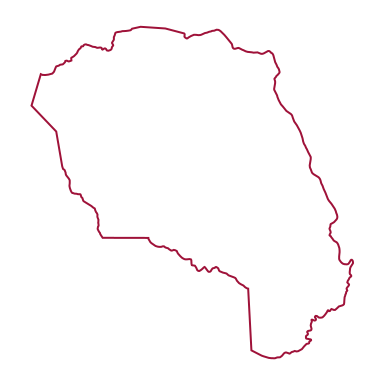 the district of Esquipulas del Norte, Olancho, Honduras, rotated 92°
{"feature_id": "27666195B82865348656076", "entity_name": "Esquipulas del Norte", "entity_type": "district", "adm_level": 2, "iso_a3": "HND", "parent_name": "Honduras", "parent_adm1": "Olancho", "projection": "albers", "projection_center": [-86.526, 15.273], "detail": "fine", "context": "isolated", "style": "outline", "palette": "rose", "viewbox_px": 384, "rotation_deg": 92, "n_neighbors": 0, "source": "geoboundaries", "source_scale": "gbopen_adm2", "svg_char_len": 5804}
<svg xmlns="http://www.w3.org/2000/svg" viewBox="0 0 384 384"><g transform="rotate(92 192 192)"><path d="M240.9,279.7L239.4,234.0L240.3,233.9L243.5,231.9L244.5,230.8L247.2,226.6L247.8,224.5L248.0,222.8L247.9,220.9L247.3,219.3L247.3,218.1L248.4,216.6L249.1,213.9L250.0,212.9L251.3,210.7L251.1,209.5L250.5,208.2L250.8,206.7L251.5,205.2L252.0,204.9L253.0,204.5L254.2,203.7L256.5,201.5L258.0,199.8L258.5,199.0L259.3,197.4L259.5,196.4L259.5,195.0L259.1,192.1L259.4,190.7L260.2,190.3L263.7,190.0L265.1,189.6L265.3,188.9L265.4,187.4L265.6,186.5L267.4,185.2L269.9,184.0L270.6,183.0L270.7,182.0L270.0,180.8L268.6,179.1L266.9,177.5L266.5,176.8L267.0,176.2L269.9,173.9L270.9,173.0L271.2,172.3L271.1,171.6L270.9,171.0L270.4,170.5L269.8,170.1L269.0,169.8L267.6,168.7L267.0,166.6L266.3,166.0L266.1,165.3L266.6,164.2L267.4,163.1L269.6,162.2L270.3,161.4L271.5,158.2L271.8,156.6L272.3,154.6L274.0,152.6L275.9,146.9L276.4,145.8L277.0,145.2L279.1,144.0L281.4,141.8L282.5,139.9L283.7,137.3L285.2,135.7L286.0,134.4L286.4,133.5L286.6,132.5L348.2,127.1L353.1,116.7L353.7,114.8L355.1,109.5L355.3,107.1L355.3,103.4L354.3,100.9L354.2,98.8L354.0,98.1L352.5,96.3L350.0,94.4L349.2,93.2L349.1,92.3L349.6,90.4L350.0,89.4L350.1,88.7L348.5,86.8L347.9,85.0L347.3,83.8L347.7,82.0L347.4,80.4L345.2,76.7L342.3,74.5L340.0,72.4L339.7,71.8L339.4,70.3L339.1,69.8L338.6,69.6L337.9,69.6L337.4,69.5L336.4,68.1L336.0,67.8L335.4,67.9L335.1,68.5L335.0,69.8L334.8,70.3L334.7,71.7L334.5,72.6L333.9,73.0L332.6,73.1L331.7,72.8L330.8,71.6L330.1,71.2L329.5,71.2L327.9,72.0L327.4,71.8L326.8,71.1L326.2,68.6L325.9,68.2L325.4,67.9L324.4,67.8L321.4,68.7L319.6,68.5L317.4,67.7L315.8,68.1L315.5,68.0L315.4,67.8L315.4,67.3L316.0,65.8L316.2,65.1L316.1,64.5L315.9,64.1L315.3,63.7L314.6,63.7L313.9,64.0L313.1,64.7L312.6,64.8L311.9,64.5L311.5,64.0L311.6,62.8L312.8,61.2L313.1,60.6L313.1,58.7L312.7,57.2L311.1,55.6L309.5,54.4L307.4,53.0L306.2,52.5L305.5,52.0L305.5,51.7L306.3,51.0L306.1,50.0L304.5,49.0L304.1,48.5L304.9,46.1L304.9,45.0L303.9,43.8L302.1,42.0L301.3,41.3L300.0,37.6L299.5,36.8L298.8,36.2L297.1,36.0L295.7,36.0L291.7,35.8L290.4,35.3L289.0,35.1L288.2,34.6L286.5,34.4L285.1,33.4L283.4,34.1L282.9,34.1L281.7,33.4L280.8,32.6L279.6,31.9L279.1,31.8L278.8,31.9L277.0,33.6L275.9,33.4L275.0,33.0L273.9,32.3L272.6,31.8L271.8,31.2L271.1,30.3L270.4,29.9L269.7,30.1L268.5,31.3L267.8,31.5L266.7,31.6L262.7,31.3L261.3,30.8L257.9,28.8L257.4,28.6L256.3,28.7L255.2,29.0L254.6,29.4L254.2,29.9L254.2,30.5L254.8,31.1L256.2,31.8L258.1,33.0L258.7,33.8L258.9,35.0L258.8,37.2L258.4,38.6L257.9,39.4L257.0,40.5L255.0,42.1L253.8,42.6L251.2,42.7L247.0,42.4L245.0,42.5L242.9,42.8L239.4,44.1L238.2,44.8L237.2,45.7L236.0,48.0L235.4,48.8L233.6,50.1L232.4,51.2L231.4,51.7L231.0,52.5L230.5,53.0L229.6,52.9L228.5,52.3L227.4,52.0L226.2,52.3L224.6,53.1L223.7,53.3L221.8,52.6L219.5,52.4L219.1,52.1L218.0,50.2L217.1,48.9L214.5,46.7L213.5,46.1L212.5,45.9L211.4,45.9L209.7,46.3L207.9,47.1L206.0,47.7L203.7,48.8L199.1,52.1L195.9,54.9L194.2,56.0L190.2,57.7L187.9,58.7L184.4,60.5L181.1,61.8L178.9,63.1L175.9,64.0L174.7,64.5L173.6,65.3L172.8,66.1L170.1,70.9L169.1,72.2L168.4,72.8L165.4,74.0L163.4,75.0L161.3,75.3L155.1,74.5L153.6,74.5L152.8,74.6L148.1,77.3L145.2,78.7L143.8,79.6L141.8,80.5L139.9,81.8L137.5,82.7L134.5,83.4L129.0,85.4L126.8,86.5L121.7,89.5L118.0,92.3L114.4,93.8L112.2,94.6L111.4,95.1L110.7,95.8L107.7,100.5L103.3,104.3L101.3,106.2L97.1,108.6L93.9,110.0L92.6,110.3L87.0,113.4L86.0,113.5L80.2,112.7L78.4,112.8L76.4,113.5L75.8,113.5L74.0,112.1L73.0,111.6L72.0,110.5L70.1,109.0L69.5,108.7L68.8,108.7L66.4,109.4L65.3,110.0L63.9,111.1L61.8,112.0L59.3,113.4L52.4,115.5L50.9,116.4L50.4,117.1L50.3,117.6L49.7,118.1L48.7,119.3L48.4,120.0L48.5,121.0L51.0,125.2L51.4,126.3L51.5,127.1L51.4,128.1L50.2,131.4L50.6,135.3L50.3,137.2L50.0,141.4L49.5,143.3L48.5,145.5L48.1,146.7L46.8,149.4L46.4,150.4L46.5,151.3L47.3,153.7L47.4,154.6L47.2,155.4L46.8,155.9L46.1,156.4L43.1,157.2L42.4,157.6L36.1,163.1L33.8,165.2L30.3,169.0L29.4,170.4L29.0,171.6L29.0,173.2L30.0,175.4L30.3,177.6L30.8,178.5L31.3,180.5L32.2,182.5L32.7,184.6L34.5,188.2L34.9,189.5L35.0,191.3L34.8,193.2L34.8,195.5L36.2,198.5L37.7,200.9L38.6,201.9L38.7,202.9L37.7,204.4L37.3,204.8L36.7,205.0L35.0,204.8L34.4,204.9L33.8,205.4L29.5,224.4L28.7,249.1L30.9,257.6L32.0,258.5L32.5,259.1L33.0,261.3L33.4,263.8L33.7,267.3L34.2,268.7L34.8,272.2L35.2,273.4L35.6,274.0L35.9,274.2L38.0,274.7L40.0,275.5L42.0,275.4L42.7,275.5L45.5,277.1L46.0,277.1L47.7,276.0L48.3,275.9L50.1,277.1L51.1,277.2L52.0,277.5L52.6,278.0L53.0,278.6L53.7,280.4L53.6,281.6L53.4,282.1L52.0,283.0L51.7,283.5L51.5,284.0L51.7,284.7L52.5,285.8L52.8,286.5L52.5,286.9L51.2,287.4L50.9,288.0L50.8,289.0L51.2,291.3L51.2,291.9L50.5,293.8L50.3,296.3L49.6,298.1L48.8,300.5L48.6,301.9L48.2,302.9L48.2,303.7L48.5,304.6L49.1,305.4L50.1,305.9L50.3,306.6L50.3,307.4L50.5,307.7L52.4,308.6L52.9,309.4L53.5,310.0L55.5,311.2L56.6,311.5L57.7,312.2L60.3,314.6L61.3,316.0L62.0,317.2L62.5,317.4L64.8,317.1L65.2,317.9L65.8,319.5L65.8,320.0L65.1,321.7L65.4,323.1L66.3,323.3L66.9,323.6L68.8,325.4L69.0,325.9L69.4,328.2L70.4,329.6L71.2,332.0L72.1,332.5L76.6,334.1L78.5,335.7L79.7,339.6L80.2,342.7L80.2,345.5L79.5,347.2L111.3,355.4L136.3,329.8L170.9,322.6L173.4,321.7L174.3,320.3L174.9,319.9L177.1,319.0L178.5,318.8L179.7,318.3L183.0,315.5L184.4,314.7L184.9,314.6L187.5,314.5L190.2,314.7L192.3,314.2L195.1,313.1L196.6,312.2L197.2,311.5L197.2,310.8L197.7,309.5L197.8,307.2L198.2,305.8L198.1,303.9L198.3,303.4L198.6,303.2L200.9,302.4L201.9,301.3L204.2,300.5L205.0,300.0L209.5,292.1L211.0,290.2L211.9,288.6L213.8,288.0L215.4,287.2L216.4,286.4L217.7,285.7L219.9,285.7L220.7,285.5L223.1,284.5L224.4,284.6L225.4,284.5L226.1,284.7L227.0,284.4L228.6,284.2L229.2,284.3L229.9,284.7L231.8,285.0L232.5,284.9L234.9,283.6L235.6,283.0L235.9,282.7L237.5,282.1L240.9,279.7Z" fill="none" stroke="#9f1239" stroke-width="2"/></g></svg>